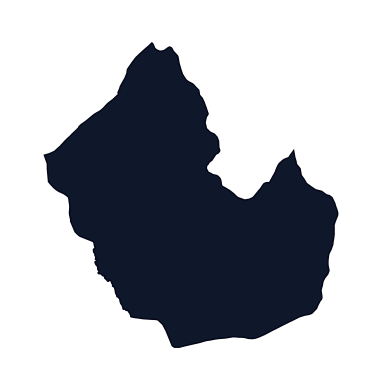 the district of Lao Ngarm, Saravan, Laos, rotated 173°
{"feature_id": "54806243B99533755262624", "entity_name": "Lao Ngarm", "entity_type": "district", "adm_level": 2, "iso_a3": "LAO", "parent_name": "Laos", "parent_adm1": "Saravan", "projection": "natural_earth1", "projection_center": [106.182, 15.455], "detail": "fine", "context": "isolated", "style": "filled", "palette": "ink", "viewbox_px": 384, "rotation_deg": 173, "n_neighbors": 0, "source": "geoboundaries", "source_scale": "gbopen_adm2", "svg_char_len": 5789}
<svg xmlns="http://www.w3.org/2000/svg" viewBox="0 0 384 384"><g transform="rotate(173 192 192)"><path d="M174.9,294.8L175.8,296.0L176.9,297.7L178.5,299.5L181.7,301.6L183.2,302.9L184.4,304.3L186.1,307.7L187.2,310.2L188.2,315.0L189.2,321.3L189.5,327.5L189.8,328.9L193.5,334.1L194.2,336.1L194.7,337.3L195.4,338.0L196.6,338.6L197.9,338.2L200.8,336.6L202.6,335.7L204.7,335.5L206.4,335.6L207.8,336.1L209.9,337.4L211.5,339.1L212.4,342.6L213.1,344.2L213.7,344.8L214.5,344.2L216.8,342.4L220.9,339.7L227.2,335.3L231.5,332.0L235.0,328.4L240.3,322.5L241.3,321.1L241.7,319.2L242.0,317.9L244.4,313.5L248.6,307.8L250.2,305.5L251.7,302.3L252.8,300.6L253.3,299.5L253.0,297.8L254.9,296.6L256.6,295.3L259.2,293.4L261.9,291.8L263.8,290.8L265.4,289.6L266.9,288.4L269.8,285.9L272.4,284.1L274.6,283.0L277.0,282.1L279.6,280.9L282.2,279.3L285.6,277.1L288.6,275.2L291.3,273.7L294.0,272.3L296.3,270.5L297.0,269.2L300.6,266.5L303.8,264.2L306.0,262.3L308.9,260.3L311.9,258.0L315.5,254.9L317.1,253.5L321.2,250.7L322.8,249.4L324.7,248.6L329.0,247.3L334.0,246.5L332.1,237.8L332.7,232.2L333.1,219.7L331.1,216.6L329.7,214.7L328.4,212.9L326.0,210.5L324.2,209.0L321.5,207.3L319.8,206.3L317.3,204.2L315.4,202.2L315.0,200.8L315.0,197.5L314.9,194.4L315.1,191.3L316.1,186.5L316.2,184.8L315.9,181.0L315.7,179.0L316.0,177.8L312.9,166.9L311.2,164.6L309.9,163.1L308.6,161.8L296.2,155.0L295.4,153.5L295.4,151.8L295.3,150.4L295.2,149.5L295.0,148.3L295.0,147.9L295.3,147.7L295.5,147.6L296.3,147.4L296.5,147.3L296.6,147.2L296.8,146.8L296.8,146.5L296.9,146.2L296.9,145.7L296.9,145.0L296.9,144.4L296.8,144.0L296.7,143.8L296.5,143.6L296.2,143.4L296.0,143.2L295.9,142.9L295.9,142.7L295.9,142.1L296.0,141.7L296.0,141.4L296.0,141.1L296.0,140.9L295.8,140.4L295.5,139.7L295.4,139.4L295.4,139.2L295.4,138.7L295.6,138.3L296.0,137.4L296.0,137.1L295.9,136.8L295.7,136.7L295.1,136.5L294.8,136.4L294.5,136.2L294.4,136.0L294.3,135.8L294.2,135.5L294.3,135.3L294.4,135.2L294.6,135.1L294.9,135.0L295.2,134.9L296.4,134.7L296.7,134.5L296.8,134.2L296.8,133.7L296.7,133.4L296.5,132.6L296.4,132.2L296.2,131.8L295.9,131.1L295.2,130.2L295.0,129.9L294.9,129.6L294.8,129.4L294.8,129.2L294.8,128.7L294.9,127.1L294.9,126.8L294.8,126.6L294.8,126.3L294.7,126.1L294.6,125.9L294.1,125.2L293.9,124.9L293.9,124.5L293.9,124.2L294.2,123.9L294.8,123.6L294.9,123.4L295.0,123.1L295.0,122.9L294.9,122.6L294.6,122.4L294.3,122.3L293.3,122.2L292.9,122.1L292.7,121.9L292.4,121.8L292.1,121.5L291.8,121.2L291.5,120.8L291.2,120.4L290.9,120.0L290.7,119.8L290.3,119.6L289.3,119.2L289.0,119.0L288.9,118.7L289.1,117.8L289.2,117.4L288.6,116.6L288.3,116.2L288.1,116.0L287.7,115.6L287.3,115.0L286.7,114.0L286.6,113.9L286.3,113.7L286.1,113.6L285.8,113.7L285.5,113.8L285.3,114.0L284.9,114.4L284.6,114.5L284.4,114.5L284.2,114.4L283.8,114.1L283.6,113.9L283.4,113.7L283.1,113.4L282.7,113.1L282.6,112.9L282.7,112.7L282.9,112.4L282.9,111.9L282.8,111.7L282.4,110.5L282.1,110.0L282.0,109.6L282.0,109.2L282.2,108.6L282.3,108.3L282.1,108.1L281.3,107.6L281.0,107.4L280.9,107.1L280.7,106.8L280.5,106.5L280.5,106.2L280.4,105.9L280.2,104.6L280.2,103.8L280.1,102.0L280.1,101.3L280.0,100.9L279.9,100.6L279.9,100.3L279.7,99.9L279.5,99.4L279.4,99.2L279.3,98.5L279.3,98.0L279.2,97.4L279.1,97.2L278.9,97.0L278.6,96.9L278.2,96.7L277.8,96.4L277.7,96.2L277.6,95.9L277.5,95.7L277.1,95.2L276.9,94.9L276.8,94.7L276.7,94.2L276.7,93.4L276.6,92.0L276.6,91.6L276.5,91.2L276.3,90.3L276.0,89.6L275.9,89.4L275.7,88.9L275.1,88.0L275.0,87.7L274.8,86.9L274.8,86.5L274.7,86.1L274.6,84.6L274.6,84.4L274.4,84.1L274.2,84.0L274.1,83.9L273.8,83.9L273.3,84.0L273.1,84.0L272.9,83.9L272.7,83.8L272.5,83.7L272.3,83.3L272.0,82.7L271.7,82.5L271.0,82.5L270.3,82.4L269.9,81.7L269.5,81.0L268.8,79.6L268.4,79.1L268.2,78.4L268.1,78.0L268.0,77.5L267.9,76.5L267.9,76.2L267.7,75.6L264.0,74.4L259.9,73.4L256.4,72.4L251.4,71.4L243.1,69.9L241.3,69.2L237.1,64.1L234.6,57.5L230.3,41.8L228.3,40.1L223.6,39.5L218.7,40.2L202.3,41.9L196.1,42.9L191.7,43.0L187.6,43.3L184.6,43.4L181.1,43.3L176.5,43.1L169.4,43.4L166.7,43.1L163.6,42.4L159.5,41.8L156.3,40.9L154.2,40.0L150.8,39.3L149.7,39.2L147.9,39.2L146.1,39.4L144.4,39.8L142.9,40.1L137.1,41.9L130.6,44.4L119.6,48.4L112.0,51.1L108.3,52.3L100.9,55.0L95.2,56.1L91.0,56.3L88.6,56.8L87.5,57.3L85.3,59.1L82.8,61.1L81.8,62.7L80.9,64.4L78.1,68.4L77.3,69.1L76.7,69.8L76.1,70.8L75.9,71.9L75.9,74.5L76.0,78.1L75.8,79.4L74.2,83.2L73.1,86.8L72.2,88.5L70.7,90.6L68.4,92.9L67.2,94.2L65.6,97.5L65.9,100.6L66.0,102.3L65.8,104.9L65.6,106.6L65.3,108.2L63.9,113.7L62.5,115.9L61.2,117.7L58.7,122.8L58.1,125.5L57.5,127.3L56.7,130.5L56.1,132.8L55.9,135.1L55.4,138.7L55.2,141.5L54.2,144.0L53.0,146.3L50.5,150.9L50.1,152.3L50.0,154.1L50.5,157.1L51.4,161.1L51.7,163.3L53.7,169.3L56.0,171.6L58.8,172.7L60.6,174.3L63.2,176.8L69.1,179.1L73.8,183.2L77.4,186.6L79.2,190.9L81.6,195.3L81.9,201.9L83.3,204.2L84.9,206.7L85.2,210.3L85.8,213.9L86.1,220.6L88.7,217.8L90.3,216.1L91.8,214.2L93.1,214.0L94.2,213.8L95.7,213.3L96.8,213.0L97.6,212.6L98.5,212.0L99.4,211.3L101.6,209.9L102.4,209.0L103.5,207.7L105.3,204.7L106.1,203.1L106.8,201.8L107.9,200.1L108.9,198.8L114.1,191.6L114.8,191.9L116.5,192.2L118.0,192.0L119.4,191.5L120.5,190.5L123.7,186.8L125.6,185.2L128.1,182.7L131.1,179.9L132.1,179.1L134.2,178.3L136.5,177.7L140.8,177.6L142.5,178.5L144.9,179.7L146.8,180.6L148.4,182.0L150.4,184.6L152.1,186.4L154.5,188.8L158.4,191.9L161.0,193.7L161.8,194.7L162.0,196.8L162.0,199.5L162.4,201.6L163.3,203.2L164.8,204.9L166.3,205.7L167.9,206.1L169.6,206.9L171.2,208.2L173.5,209.6L175.0,213.6L174.3,216.4L172.9,217.5L171.3,219.5L168.3,221.3L163.8,226.6L161.6,227.4L160.0,228.7L159.5,229.7L159.5,230.7L159.9,232.3L160.0,233.2L159.5,239.3L160.4,243.2L162.7,246.6L166.8,249.2L170.0,253.2L170.6,259.4L168.8,264.6L166.5,267.5L167.8,274.0L169.2,280.0L170.5,283.9L172.8,287.3L172.9,292.2L174.9,294.8Z" fill="#0f172a" stroke="#020617" stroke-width="1.5"/></g></svg>